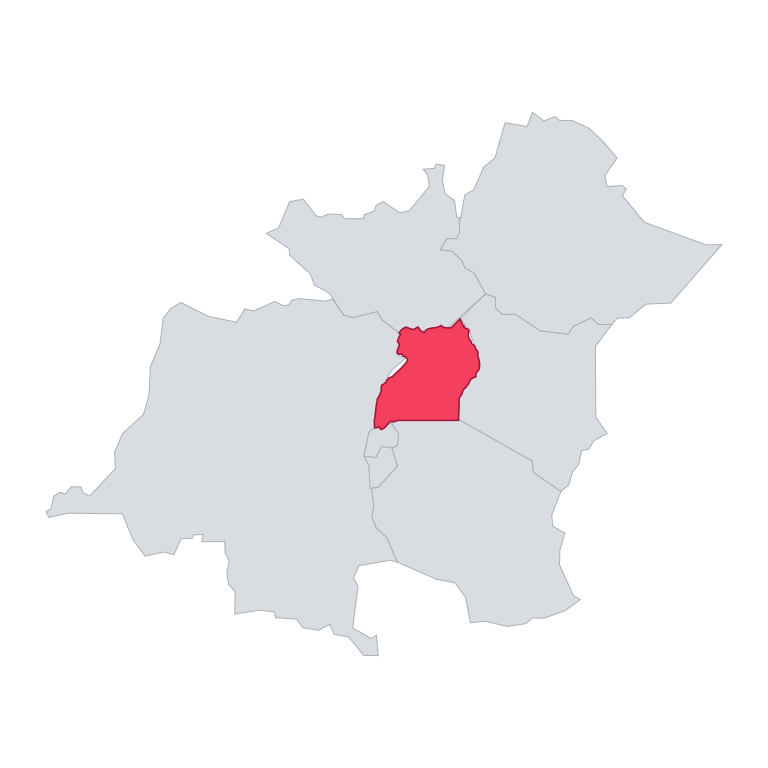 map of Uganda with United Republic of Tanzania, Democratic Republic of the Congo, Kenya and 4 others greyed out
{"feature_id": "UGA", "entity_name": "Uganda", "entity_type": "country or territory", "adm_level": 0, "iso_a3": "UGA", "parent_name": "Africa", "parent_adm1": "", "projection": "orthographic", "projection_center": [32.128, 1.375], "detail": "fine", "context": "with_neighbors", "style": "filled", "palette": "rose", "viewbox_px": 768, "rotation_deg": 0, "n_neighbors": 7, "source": "natural_earth", "source_scale": "50m", "svg_char_len": 5931}
<svg xmlns="http://www.w3.org/2000/svg" viewBox="0 0 768 768"><path d="M458.7,419.4L532.1,460.9L533.4,472.2L560.9,491.4L551.7,515.3L552.7,526.2L564.9,533.2L559.9,549.8L559.5,564.8L573.4,595.5L580.2,599.7L564.9,610.7L544.0,618.2L532.6,617.9L525.8,623.6L507.6,626.5L484.8,621.2L470.5,622.8L465.3,596.9L455.0,582.8L436.3,579.2L397.4,562.2L386.9,538.0L375.7,527.2L371.8,516.0L373.7,506.0L370.1,488.2L378.1,487.3L397.4,466.1L391.9,447.8L397.5,445.3L398.6,433.9L390.9,423.0L397.7,420.6L458.7,419.4Z" fill="#d9dde1" stroke="#a8b0b8" stroke-width="1"/><path d="M368.8,464.8L373.7,506.0L371.8,516.0L375.7,527.2L386.9,538.0L397.4,562.2L389.9,560.2L358.9,565.7L353.6,577.9L358.0,586.3L352.7,627.9L371.2,638.7L376.4,635.2L378.2,655.6L363.7,655.4L348.7,637.0L334.2,634.3L329.7,624.4L318.3,630.3L303.0,627.6L296.5,619.0L275.6,617.7L274.4,611.8L259.2,610.1L234.8,614.1L235.1,591.5L228.6,584.4L226.9,572.6L229.3,561.1L225.3,553.7L224.7,541.6L201.7,541.7L203.2,534.7L193.5,534.8L192.6,538.1L181.0,538.8L173.9,554.7L163.5,552.0L145.1,556.1L133.1,539.8L122.4,513.8L67.9,513.2L48.8,517.5L46.1,511.5L50.6,509.5L53.8,496.2L60.3,492.2L65.2,494.2L71.3,486.8L81.3,487.1L82.6,492.6L89.6,496.1L115.4,468.5L114.5,452.5L122.5,433.7L143.3,414.5L145.4,408.3L149.0,394.5L150.5,366.2L160.0,343.8L163.2,318.5L170.7,308.7L180.9,302.5L208.4,316.4L236.5,322.2L245.0,309.0L253.7,311.0L275.1,301.4L282.7,305.5L288.9,305.0L291.8,300.3L299.0,298.6L325.8,301.2L332.2,299.1L343.8,315.2L352.5,317.6L377.4,311.5L382.0,319.8L399.0,332.7L397.8,355.4L405.6,358.1L391.9,370.1L380.4,389.3L379.3,404.9L374.8,412.3L374.6,427.0L369.0,432.4L363.9,456.0L368.8,464.8Z" fill="#d9dde1" stroke="#a8b0b8" stroke-width="1"/><path d="M560.9,491.4L533.4,472.2L532.1,460.9L458.7,419.4L458.5,398.8L480.6,363.8L469.7,331.8L460.5,318.3L485.5,293.9L495.5,297.2L495.6,308.0L502.2,314.4L515.7,314.4L540.2,330.8L568.0,334.2L573.6,326.1L591.0,317.9L598.8,324.4L611.9,324.4L595.4,346.5L595.8,417.3L607.1,433.3L593.6,441.1L588.8,449.2L581.6,450.6L578.8,464.3L572.5,472.1L568.7,485.0L560.9,491.4Z" fill="#d9dde1" stroke="#a8b0b8" stroke-width="1"/><path d="M391.9,447.8L397.4,466.1L378.1,487.3L370.1,488.2L368.8,464.8L363.9,456.0L375.7,457.6L381.6,446.5L391.9,447.8Z" fill="#d9dde1" stroke="#a8b0b8" stroke-width="1"/><path d="M721.9,244.6L670.7,303.1L646.0,304.1L629.3,317.8L617.1,318.2L611.9,324.4L598.8,324.4L591.0,317.9L573.6,326.1L568.0,334.2L540.2,330.8L515.7,314.4L502.2,314.4L495.6,308.0L495.5,297.2L485.5,293.9L473.9,272.8L465.1,268.4L461.7,260.6L451.9,251.2L440.1,249.8L446.6,238.8L456.8,238.4L464.8,195.0L473.8,189.6L483.7,167.2L495.0,157.7L505.1,122.7L527.0,126.6L532.5,112.4L544.1,121.0L554.9,116.5L559.5,120.4L572.3,120.6L588.8,128.2L602.4,140.8L617.1,158.0L604.9,175.5L607.0,186.6L622.0,185.5L626.3,188.9L622.4,195.7L644.3,222.3L706.3,244.9L721.9,244.6Z" fill="#d9dde1" stroke="#a8b0b8" stroke-width="1"/><path d="M390.9,423.0L398.6,433.9L397.5,445.3L391.9,447.8L381.6,446.5L375.7,457.6L363.9,456.0L369.0,432.4L374.6,427.0L379.3,428.9L390.9,423.0Z" fill="#d9dde1" stroke="#a8b0b8" stroke-width="1"/><path d="M399.0,332.7L382.0,319.8L377.4,311.5L352.5,317.6L343.8,315.2L329.2,293.0L314.8,285.3L310.1,273.6L289.5,255.1L289.4,248.9L266.3,233.4L278.8,227.7L289.5,201.7L303.2,199.1L316.0,215.6L321.2,217.3L328.1,214.0L341.9,214.7L344.5,218.7L363.5,218.7L364.2,214.7L374.1,211.1L376.1,205.5L383.4,201.5L399.4,212.8L409.3,210.8L429.3,186.4L427.7,174.9L423.1,169.3L434.5,168.3L435.8,164.1L444.6,165.4L442.4,179.5L444.7,193.3L454.6,200.9L456.7,217.1L459.3,217.4L459.6,232.5L456.8,238.4L446.6,238.8L440.1,249.8L451.9,251.2L461.7,260.6L465.1,268.4L473.9,272.8L485.5,293.9L448.6,327.3L435.0,327.2L419.4,331.8L407.0,327.4L399.0,332.7Z" fill="#d9dde1" stroke="#a8b0b8" stroke-width="1"/><path d="M458.6,420.4L456.5,420.4L453.1,420.4L449.6,420.4L446.2,420.4L442.7,420.4L439.2,420.4L435.8,420.4L432.3,420.4L428.9,420.4L425.4,420.4L422.0,420.4L418.5,420.4L415.1,420.4L411.6,420.4L408.1,420.4L404.7,420.4L401.2,420.4L399.2,420.4L398.8,420.3L398.5,420.3L397.2,420.5L395.9,421.3L394.4,421.7L392.9,421.6L392.7,421.7L391.9,421.6L390.8,421.6L389.8,421.8L389.0,422.5L388.2,423.8L386.8,425.3L385.7,426.6L384.8,427.5L382.6,429.0L381.4,429.5L380.8,429.4L380.5,429.1L379.8,427.2L379.4,426.9L375.2,427.9L374.6,427.9L374.6,427.3L374.3,422.7L374.3,419.9L374.8,418.1L375.1,416.1L375.2,414.3L375.9,411.3L375.7,409.5L376.6,403.1L376.9,402.1L377.3,399.0L377.9,398.0L378.5,397.7L379.2,395.8L380.6,392.8L381.5,391.2L381.3,387.8L381.5,385.5L381.7,385.0L383.7,384.1L386.3,382.0L387.4,379.5L389.0,377.9L392.1,376.8L401.1,368.2L405.3,363.6L407.1,361.2L407.2,360.3L407.5,359.2L406.8,358.3L405.9,357.5L405.7,356.8L404.9,356.4L403.8,356.4L403.1,355.9L402.3,354.9L401.5,354.2L398.9,354.3L397.0,353.2L397.0,351.7L397.8,348.9L399.3,345.6L399.3,344.7L399.1,343.9L398.8,343.2L398.1,342.6L397.5,341.8L398.0,339.4L398.9,337.1L399.7,336.0L400.4,334.7L400.2,333.6L399.1,333.1L399.7,332.0L400.9,330.3L403.2,328.5L405.2,327.3L406.6,327.3L409.2,328.3L411.6,329.4L412.9,329.4L414.5,329.0L417.7,327.0L418.5,327.6L419.5,328.8L420.5,330.8L422.6,331.7L423.6,332.3L424.3,332.5L424.7,332.4L425.5,330.8L426.4,330.0L428.2,328.9L432.0,328.0L434.8,327.8L436.0,327.6L437.9,327.1L441.0,325.5L444.0,327.6L447.3,327.9L450.5,327.9L451.5,327.3L452.1,326.8L455.4,323.5L460.0,318.9L463.0,325.3L464.0,325.7L463.9,326.3L463.6,326.8L465.6,328.3L468.1,329.2L468.9,329.9L469.0,330.8L468.2,334.6L468.4,335.6L469.2,339.4L470.6,340.3L471.9,344.0L474.5,345.7L474.9,346.1L475.5,348.0L476.3,350.0L476.9,350.4L477.3,350.6L478.1,352.7L477.6,353.9L478.2,357.5L479.2,360.8L479.5,364.7L479.5,366.4L479.5,367.5L479.3,368.9L478.8,369.8L478.0,370.6L477.0,372.0L476.2,373.4L475.7,374.1L476.1,376.2L476.0,376.7L475.8,377.0L474.6,377.3L473.1,377.9L472.2,378.4L470.9,379.5L469.9,380.6L468.5,384.0L466.2,386.7L465.8,387.6L463.7,389.1L462.7,391.1L462.1,393.5L461.2,395.2L459.4,397.5L459.0,401.2L459.1,408.6L458.6,417.1L458.6,420.4Z" fill="#f43f5e" stroke="#9f1239" stroke-width="1.5"/></svg>